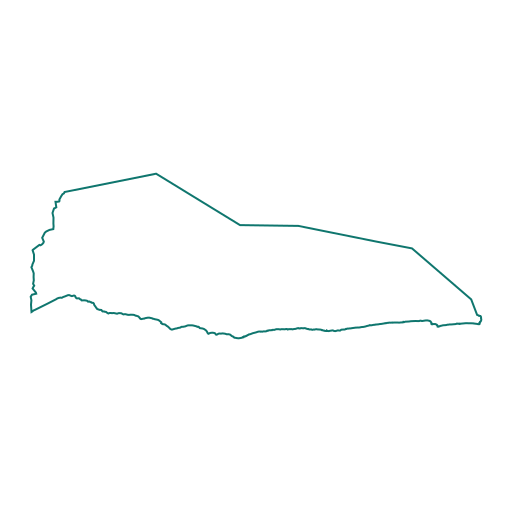 outline of South Guadalcanal, Guadalcanal, Solomon Islands
{"feature_id": "97153195B58101898205888", "entity_name": "South Guadalcanal", "entity_type": "district", "adm_level": 2, "iso_a3": "SLB", "parent_name": "Solomon Islands", "parent_adm1": "Guadalcanal", "projection": "orthographic", "projection_center": [160.082, -9.739], "detail": "fine", "context": "isolated", "style": "outline", "palette": "teal", "viewbox_px": 512, "rotation_deg": 0, "n_neighbors": 0, "source": "geoboundaries", "source_scale": "gbopen_adm2", "svg_char_len": 5974}
<svg xmlns="http://www.w3.org/2000/svg" viewBox="0 0 512 512"><path d="M31.5,312.0L32.3,311.5L33.6,310.4L34.5,310.1L47.6,303.6L56.2,299.2L57.2,298.5L58.8,297.9L60.1,297.7L60.7,297.6L61.6,297.8L62.0,297.7L63.2,297.0L64.7,296.5L67.9,295.2L68.4,295.1L69.2,295.1L71.4,296.0L71.9,296.1L72.4,296.0L73.6,295.6L74.4,295.6L74.8,295.8L75.1,296.1L75.4,296.5L75.5,297.1L75.9,297.7L76.6,298.3L76.9,298.4L78.6,298.3L79.2,298.4L80.0,299.2L80.9,299.5L81.6,300.4L84.6,300.3L86.4,300.6L87.1,300.8L87.8,301.3L88.1,301.7L89.3,301.5L90.0,301.8L90.5,302.2L91.2,302.2L91.9,302.8L92.7,302.8L93.2,302.9L93.8,303.5L94.3,305.0L94.5,305.4L95.5,306.6L96.1,307.7L96.6,308.1L97.0,308.8L97.3,309.1L98.1,309.3L99.6,309.9L100.8,309.9L101.4,310.0L102.3,311.2L102.8,311.5L104.0,311.4L104.5,311.7L106.0,311.9L107.0,312.7L108.1,313.4L108.4,313.5L109.2,313.1L109.6,313.0L111.1,313.0L112.0,313.2L113.2,313.0L114.3,313.1L116.5,313.6L117.1,313.7L118.4,313.2L119.6,313.1L121.4,313.3L122.1,313.7L122.5,314.0L123.5,314.4L124.5,314.2L125.5,314.2L127.8,314.8L128.8,314.9L130.8,314.7L133.3,314.8L134.6,315.1L135.5,315.7L136.1,315.7L138.3,316.4L139.5,317.6L139.7,318.1L139.9,318.4L140.3,318.5L140.6,318.9L141.2,319.1L143.7,318.6L144.3,318.6L145.1,318.2L146.1,318.0L147.7,317.7L149.4,317.7L152.1,318.3L153.0,318.8L153.6,318.8L154.7,319.2L156.8,319.6L158.3,320.0L158.7,320.2L161.3,322.3L161.4,322.6L161.2,323.2L161.6,323.4L162.4,324.1L164.2,324.3L165.4,324.7L166.6,325.8L167.8,326.5L169.7,328.3L169.9,328.6L170.2,328.9L171.4,329.5L172.0,329.6L175.4,328.6L176.9,328.4L177.9,328.0L180.2,327.6L180.6,327.4L181.3,326.9L181.7,326.8L183.0,326.8L185.2,326.4L187.4,325.5L188.5,325.3L191.2,325.3L192.7,325.4L193.6,325.6L196.7,326.4L197.0,326.7L197.5,326.9L197.8,326.9L198.1,326.7L198.5,326.9L199.1,327.2L199.4,327.7L199.8,328.1L202.6,328.5L204.0,329.0L204.9,329.6L206.0,330.4L206.8,331.4L207.5,332.7L207.6,333.0L208.2,333.7L208.6,333.8L209.3,333.3L210.1,333.0L211.1,332.8L212.7,332.7L214.3,333.0L215.0,333.3L215.9,334.5L216.2,334.7L216.7,334.7L218.5,333.7L219.1,333.6L219.7,333.5L220.3,333.6L221.1,333.6L222.6,333.4L225.0,333.7L226.9,334.3L228.3,334.2L229.3,334.4L230.3,334.7L231.7,336.0L233.4,336.7L233.7,337.3L234.6,337.6L234.8,337.8L236.1,337.9L236.7,338.1L238.6,338.3L239.9,338.1L241.6,337.8L242.2,337.5L242.6,337.5L242.7,337.3L242.9,337.4L243.1,337.2L243.5,337.2L243.6,336.8L244.0,336.5L244.1,336.4L244.4,336.6L244.9,336.6L245.5,336.2L245.8,336.2L246.5,335.9L246.5,335.7L247.2,335.4L247.6,335.1L248.5,334.8L248.7,334.5L249.2,334.4L250.5,334.1L252.8,333.2L256.0,332.4L257.7,331.8L258.5,331.6L260.0,331.5L260.6,331.7L261.1,331.5L261.9,331.7L262.4,331.7L263.2,331.4L265.5,331.4L266.2,331.3L266.5,331.1L267.3,330.9L267.4,330.7L267.6,330.8L268.2,330.7L268.9,330.3L271.9,330.2L272.0,330.0L272.9,329.8L274.2,329.9L276.3,329.2L278.8,329.2L280.3,329.5L281.1,329.2L283.1,329.2L284.8,329.3L285.3,329.2L285.6,329.1L286.9,329.0L287.6,329.5L287.8,329.5L288.0,329.3L289.3,329.1L289.9,329.2L290.5,329.1L290.9,329.2L291.8,329.1L292.2,329.3L292.7,329.3L294.1,329.0L295.2,328.9L295.6,328.9L296.9,328.4L298.2,328.1L298.8,328.2L298.9,328.4L299.9,328.5L301.0,328.1L303.1,328.3L303.5,328.3L304.1,328.1L305.7,328.3L306.1,328.6L308.0,329.1L308.5,329.0L308.9,329.3L309.7,329.5L311.2,329.4L311.8,329.7L312.4,329.8L313.7,329.5L314.6,329.6L315.1,329.4L316.5,329.2L317.3,329.4L319.0,329.5L320.5,329.6L321.7,329.9L321.8,330.1L322.4,330.1L323.1,330.5L323.8,330.6L324.0,330.5L324.4,330.7L324.7,330.9L325.1,330.9L326.1,331.0L326.4,330.9L326.6,331.0L326.9,331.0L327.1,330.9L327.1,330.7L327.6,331.0L328.9,331.1L329.9,330.8L331.4,330.6L331.7,330.5L332.8,330.4L333.3,330.6L334.1,331.0L335.5,331.1L337.8,330.4L339.7,330.6L340.3,330.5L340.7,330.1L341.3,329.7L342.3,329.6L344.9,329.5L345.9,328.9L346.4,329.0L347.2,328.6L348.4,328.6L349.9,328.4L350.8,328.4L351.6,328.2L355.9,327.6L359.2,327.5L360.5,327.3L361.1,327.1L363.6,326.9L365.8,326.4L366.5,326.1L368.3,325.7L368.5,325.6L368.9,325.6L369.9,325.1L370.4,325.3L371.3,325.3L373.9,324.8L374.9,324.8L375.2,324.6L378.7,324.3L379.3,324.1L381.5,323.9L384.3,323.4L385.2,323.3L385.3,323.1L386.6,323.1L387.0,322.9L388.1,322.9L389.1,322.6L390.1,322.7L391.4,322.6L392.3,322.7L392.7,322.5L393.1,322.6L394.9,322.5L399.8,322.6L400.2,322.5L401.5,322.4L402.1,322.5L403.0,322.1L403.4,322.2L403.5,321.9L404.1,322.1L405.3,321.7L409.0,321.5L410.9,321.2L415.5,321.0L418.6,321.1L419.4,321.0L419.7,320.8L420.3,320.7L420.7,320.7L420.9,320.8L421.3,320.8L421.7,321.0L422.3,321.0L425.3,320.5L427.2,320.4L427.8,320.5L428.7,320.7L429.7,320.9L429.8,321.1L430.6,321.5L430.8,321.9L431.4,322.6L431.5,323.4L431.3,323.8L431.9,324.3L432.3,324.3L432.9,324.0L434.0,324.1L435.1,324.0L436.6,324.6L436.9,324.9L436.9,325.2L437.0,325.3L437.3,325.3L437.5,325.7L437.6,326.6L438.2,326.7L438.7,326.7L439.3,326.2L439.9,326.2L440.4,325.9L441.5,325.7L442.9,325.3L445.9,325.1L447.5,324.7L448.3,324.7L449.9,324.4L450.7,324.5L455.4,324.1L456.6,323.8L456.8,323.6L457.4,323.6L458.0,323.8L459.0,323.6L459.2,323.9L459.8,324.0L460.2,323.7L461.6,323.6L465.8,323.2L471.7,323.3L473.7,323.4L473.8,323.5L477.0,323.9L477.8,324.1L478.6,324.2L478.8,324.1L479.2,324.2L479.4,324.1L479.4,323.6L479.7,323.5L479.8,322.9L479.6,322.6L480.1,322.2L480.1,321.7L480.6,321.5L481.1,320.7L481.3,319.4L481.0,318.3L481.1,318.1L481.0,317.0L480.7,316.3L480.4,316.0L479.9,316.0L479.4,315.7L478.9,315.8L478.3,315.3L477.1,314.9L471.2,299.4L412.0,248.4L376.4,241.6L298.3,225.9L282.9,225.7L240.0,225.1L156.1,173.7L64.6,192.0L63.9,193.4L62.5,194.2L61.2,196.2L59.4,199.5L59.5,200.9L59.1,201.5L57.2,201.8L55.5,201.8L56.3,207.3L54.7,208.2L54.0,208.5L52.5,213.0L53.5,217.6L53.4,223.6L53.6,226.3L53.3,229.1L49.5,229.9L46.2,231.5L44.8,232.7L42.2,237.8L43.8,241.6L43.4,242.8L42.2,244.2L41.0,245.0L40.3,245.3L39.4,244.9L32.9,249.8L32.6,250.2L34.0,254.6L34.0,260.8L32.4,264.5L32.2,265.8L31.4,267.2L33.1,271.4L33.7,273.3L33.6,277.2L33.8,280.4L33.1,283.8L34.2,285.7L33.3,287.0L32.6,288.5L35.9,292.6L36.2,293.7L32.0,294.7L30.7,296.7L31.4,300.3L31.0,304.7L31.5,312.0Z" fill="none" stroke="#0f766e" stroke-width="2"/></svg>